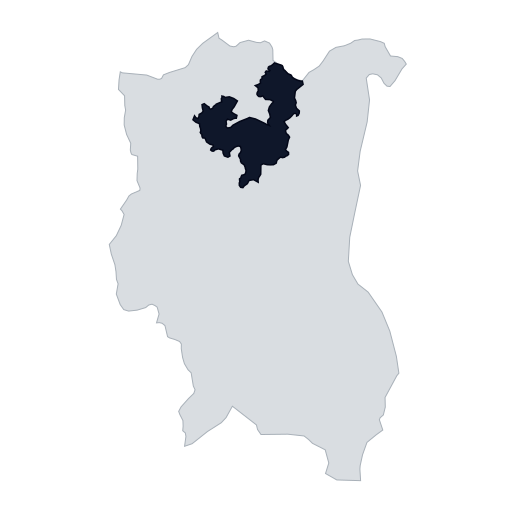 Sofia on a map of Bulgaria (orthographic projection), rotated 91°
{"feature_id": "BGR-2244", "entity_name": "Sofia", "entity_type": "Province", "adm_level": 1, "iso_a3": "BGR", "parent_name": "Bulgaria", "parent_adm1": "", "projection": "orthographic", "projection_center": [23.554, 42.64], "detail": "fine", "context": "in_parent", "style": "filled", "palette": "ink", "viewbox_px": 512, "rotation_deg": 91, "n_neighbors": 0, "source": "natural_earth", "source_scale": "10m", "svg_char_len": 5044}
<svg xmlns="http://www.w3.org/2000/svg" viewBox="0 0 512 512"><g transform="rotate(91 256 256)"><path d="M447.5,324.1L437.6,322.9L434.1,323.6L432.0,326.2L427.4,325.9L421.8,326.2L416.0,329.3L412.7,330.6L408.2,328.3L399.7,321.0L394.5,315.8L390.8,314.6L387.1,316.4L373.9,318.8L370.9,322.0L364.9,325.7L358.8,327.6L350.0,329.1L345.3,329.1L342.8,330.9L340.8,336.0L339.4,341.0L338.2,343.0L327.2,345.8L324.9,348.7L324.3,351.5L324.6,354.3L315.7,351.9L308.9,353.9L307.4,356.0L306.0,359.1L306.9,362.4L309.5,365.4L312.2,373.9L313.3,382.4L311.9,387.3L307.0,390.9L296.5,395.0L286.2,393.4L281.8,395.1L274.2,395.7L267.2,396.9L256.6,400.7L247.0,402.9L238.1,396.0L227.7,391.3L216.8,388.6L213.1,390.8L211.5,392.4L202.3,386.3L198.2,384.1L196.2,381.7L192.4,373.3L190.1,373.1L182.7,376.3L175.5,376.2L171.2,375.7L158.3,376.1L156.7,381.9L155.1,382.8L152.3,383.5L145.5,383.2L136.7,387.5L127.3,390.1L120.0,390.1L112.4,388.9L107.9,389.8L98.1,390.2L91.9,396.4L82.3,396.0L74.2,394.9L75.2,392.9L77.0,368.4L81.0,357.4L80.9,355.2L80.1,353.5L76.5,351.7L74.0,345.7L68.9,330.1L65.9,326.9L57.6,323.5L50.4,319.0L44.3,313.0L33.2,298.2L38.9,296.8L40.7,293.8L46.5,285.8L47.2,281.9L46.6,279.6L42.9,275.7L40.4,267.2L42.4,259.3L42.7,255.3L40.8,251.2L42.9,246.2L46.9,243.6L49.5,242.8L60.2,242.4L67.0,232.4L71.2,229.2L75.4,223.6L77.4,221.5L79.2,217.1L79.9,212.6L71.5,206.2L68.7,201.4L65.0,196.1L60.0,192.4L49.9,186.1L46.0,179.7L44.3,171.5L41.7,165.2L38.8,161.1L38.3,157.8L37.2,153.7L37.0,145.8L39.5,135.2L41.1,131.5L44.5,130.5L53.7,125.0L54.2,117.8L55.9,113.3L58.8,110.8L61.5,109.1L66.4,113.3L78.3,120.1L84.2,125.0L83.9,128.0L81.1,131.0L75.8,133.9L72.7,137.7L71.8,142.5L72.6,145.9L76.2,148.9L98.0,145.2L120.0,147.2L149.5,153.7L169.2,155.9L183.6,152.7L210.5,157.9L235.6,162.6L259.7,163.6L273.0,159.3L282.3,153.6L290.2,143.2L309.8,129.1L328.8,120.9L353.9,113.9L370.7,111.1L373.2,113.1L395.2,124.5L404.8,124.1L412.7,125.9L415.6,129.1L417.6,129.8L427.8,126.2L432.7,132.7L440.4,141.8L452.8,146.0L463.8,148.2L467.3,148.4L478.8,147.5L478.5,171.3L472.3,182.7L461.7,179.6L448.6,183.4L442.3,196.3L438.5,200.3L435.1,204.8L433.6,221.2L434.4,247.9L429.5,251.4L424.9,252.6L406.6,277.0L418.1,283.1L423.3,287.8L432.3,301.4L444.8,316.6L447.5,324.1Z" fill="#d9dde1" stroke="#a8b0b8" stroke-width="1"/><path d="M62.6,240.9L63.0,239.8L64.4,235.1L64.8,233.8L65.3,233.0L66.2,232.5L68.2,232.0L69.1,231.7L70.1,230.3L73.1,227.4L73.5,226.7L74.1,224.9L74.4,224.2L75.0,223.7L76.3,223.1L76.8,222.7L78.3,220.4L79.7,217.2L80.4,213.9L80.3,212.7L83.6,211.9L88.8,218.2L90.7,219.6L97.4,220.3L99.8,219.1L102.1,218.5L104.4,219.3L107.6,218.1L110.2,215.2L112.5,215.3L114.7,216.4L115.3,217.8L113.8,217.8L112.8,218.6L112.8,220.6L113.9,221.6L115.1,222.5L117.0,224.3L118.7,226.5L119.8,228.7L121.2,230.3L124.0,228.6L127.1,226.0L128.3,227.1L129.3,228.5L131.2,228.5L133.0,227.8L134.6,225.8L136.6,224.5L139.3,225.7L146.4,227.0L147.6,227.6L148.8,228.5L150.5,227.3L151.8,225.3L153.9,225.2L155.2,226.7L155.7,228.1L156.7,229.1L157.2,231.2L156.7,233.2L158.2,235.0L160.0,236.8L162.8,237.4L164.4,240.1L164.6,243.3L164.5,246.5L163.6,250.4L165.0,252.7L174.2,252.7L175.9,253.7L177.6,254.8L179.9,255.3L182.2,255.1L179.7,259.8L180.6,264.3L183.8,265.9L186.1,269.0L187.9,270.3L187.6,272.5L185.7,273.9L183.3,274.0L181.7,273.5L180.2,273.8L179.1,273.8L178.2,272.5L176.8,272.2L175.5,271.6L175.1,269.8L174.3,268.3L172.3,267.6L170.2,267.5L169.0,268.1L167.7,268.3L165.1,269.4L163.1,272.3L161.4,273.1L159.6,273.2L156.2,275.1L154.4,274.7L152.8,273.3L150.9,272.6L148.9,272.8L146.7,273.6L146.3,275.8L147.0,277.9L148.0,279.7L149.2,280.6L150.1,282.0L152.9,284.5L156.5,283.8L157.7,285.8L156.5,289.4L153.7,290.7L150.8,291.0L149.5,295.5L150.7,299.1L151.9,300.1L151.9,301.7L150.8,303.2L149.2,302.7L148.3,301.8L147.4,300.5L145.7,301.0L145.1,303.9L142.8,307.4L139.3,308.9L138.8,309.8L139.0,311.1L137.9,311.9L136.6,312.2L135.4,312.1L134.6,313.2L133.3,313.9L131.9,313.3L129.4,313.7L127.4,314.5L124.7,314.8L123.3,318.4L120.9,321.4L116.9,319.9L118.8,318.5L119.6,316.4L117.6,315.5L115.4,315.3L114.0,312.8L112.1,311.3L108.9,312.2L105.6,312.6L104.6,310.4L106.9,307.4L107.8,305.6L109.3,305.1L110.1,303.9L109.0,301.8L107.4,301.2L106.2,299.9L105.7,298.9L104.9,298.5L102.4,292.9L100.9,293.3L99.2,293.4L98.0,292.7L96.7,292.9L97.0,291.1L98.0,289.7L97.3,285.4L98.9,281.0L101.3,277.3L107.3,280.5L109.9,282.5L112.5,283.2L114.3,280.3L115.7,277.5L118.6,278.1L118.6,279.3L119.1,281.0L120.6,283.7L119.7,286.9L121.7,288.3L124.7,287.8L126.8,288.6L128.6,286.8L127.9,283.5L125.6,281.3L121.8,274.6L118.7,267.1L117.6,264.9L119.0,258.9L122.9,250.3L124.4,247.5L125.3,244.9L122.7,246.7L120.0,246.5L117.2,244.0L113.9,244.7L110.3,246.2L106.7,245.2L103.2,242.8L102.3,241.7L101.1,241.3L99.4,244.7L99.3,249.2L95.7,252.1L96.6,253.9L96.5,255.9L95.4,257.2L94.1,257.9L92.4,257.6L90.8,256.6L87.8,256.9L85.6,259.7L84.5,256.8L83.1,254.5L80.9,254.8L79.5,254.5L78.8,253.1L76.6,253.1L75.4,250.7L74.0,249.0L72.2,250.0L70.8,249.0L71.2,245.9L70.2,245.3L69.2,247.0L68.0,247.3L67.5,246.8L66.8,246.8L66.1,245.9L65.8,244.7L64.5,242.8L63.0,241.3L62.6,240.9Z" fill="#0f172a" stroke="#020617" stroke-width="1.5"/></g></svg>